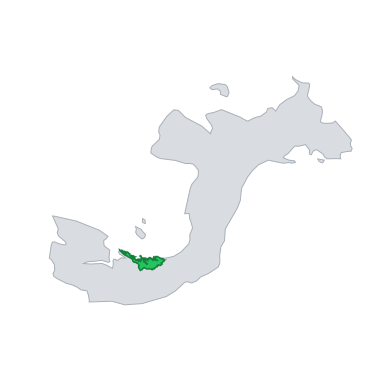 Chimán, Panama shown in context, rotated 139°
{"feature_id": "35544464B77080496682008", "entity_name": "Chimán", "entity_type": "district", "adm_level": 2, "iso_a3": "PAN", "parent_name": "Panama", "parent_adm1": "", "projection": "robinson", "projection_center": [-78.645, 8.659], "detail": "fine", "context": "in_parent", "style": "filled", "palette": "green", "viewbox_px": 384, "rotation_deg": 139, "n_neighbors": 0, "source": "geoboundaries", "source_scale": "gbopen_adm2", "svg_char_len": 8782}
<svg xmlns="http://www.w3.org/2000/svg" viewBox="0 0 384 384"><g transform="rotate(139 192 192)"><path d="M341.8,176.5L340.8,177.3L337.8,182.2L336.1,186.4L340.0,190.9L341.2,195.6L343.4,200.7L346.9,205.8L350.7,215.3L351.6,219.1L350.5,221.6L346.8,223.1L343.4,227.6L342.5,233.0L343.1,235.7L332.9,244.4L330.2,245.8L328.5,244.5L326.3,240.2L323.7,236.6L322.3,235.4L321.5,235.3L320.6,236.2L320.3,238.1L321.6,246.2L320.5,249.5L317.0,252.1L313.0,265.4L311.4,263.7L298.3,245.8L286.9,223.7L284.5,213.6L287.5,213.0L290.3,213.3L291.9,211.7L293.6,208.8L292.2,202.0L297.7,196.9L299.8,193.4L301.3,193.8L305.0,199.7L310.2,203.1L316.7,208.0L320.7,209.1L315.6,204.0L306.9,197.2L304.4,192.7L302.1,186.5L298.7,189.2L297.1,191.5L295.4,192.8L293.8,191.2L293.6,189.2L288.4,188.8L287.1,187.0L285.7,186.0L286.3,189.9L287.4,192.3L286.8,195.1L285.1,195.3L283.7,192.4L281.9,189.7L279.4,178.4L273.6,173.0L270.9,171.3L268.7,170.6L265.5,167.0L261.2,165.1L255.3,159.4L248.1,155.4L239.4,154.0L228.7,154.9L225.1,157.1L222.7,159.9L221.5,161.3L215.2,164.5L212.8,169.2L211.3,173.2L208.2,177.7L211.8,180.4L191.2,195.7L187.1,197.9L177.9,199.5L175.8,201.1L173.0,204.1L172.6,208.7L173.0,212.6L175.7,215.7L178.1,217.6L183.8,226.7L194.0,238.1L195.9,242.3L197.4,248.5L194.4,251.4L192.0,252.7L182.3,253.1L179.0,255.6L177.6,259.4L174.0,262.5L161.5,265.6L151.7,265.9L148.7,262.4L148.0,252.4L141.4,235.4L139.8,223.7L138.2,225.1L134.7,226.5L133.5,229.4L132.6,238.1L131.3,241.0L128.6,240.7L123.1,237.6L115.7,234.8L106.3,216.4L105.3,213.0L103.5,208.9L96.3,207.1L90.1,204.1L83.3,203.6L79.9,205.3L76.3,203.1L75.7,198.1L68.6,200.3L59.6,199.6L51.4,197.4L45.9,198.6L41.2,202.1L41.8,211.2L40.5,213.0L40.2,209.3L38.6,205.0L36.7,201.5L32.6,197.8L32.4,196.4L34.0,194.6L41.5,189.2L42.4,187.0L42.5,182.4L41.8,177.9L38.5,171.4L40.4,167.4L44.3,164.1L48.2,161.6L48.9,160.5L48.1,158.2L45.9,155.9L40.5,151.8L37.3,151.5L37.2,139.8L37.4,127.3L38.2,126.1L40.1,125.3L41.7,123.4L42.6,119.8L45.0,118.4L49.2,121.3L53.5,123.8L55.3,123.0L56.7,121.7L57.6,120.5L57.9,119.4L61.4,122.7L68.5,128.6L68.9,131.5L68.2,134.3L70.1,142.2L73.8,143.4L77.5,141.8L78.4,143.3L77.7,144.8L75.8,146.4L75.3,153.3L81.4,156.5L84.4,159.3L94.5,158.0L98.2,158.7L100.7,157.9L97.9,152.4L94.2,148.3L94.5,146.5L97.3,147.9L99.5,150.6L104.5,154.1L113.6,166.0L124.0,168.9L132.3,168.5L140.0,166.9L152.2,162.3L161.1,153.9L168.2,150.2L191.2,142.2L199.4,133.9L202.8,132.8L206.1,131.7L213.3,125.4L217.2,120.5L221.3,118.1L233.4,119.8L241.3,122.2L246.7,121.9L251.9,123.5L254.2,127.1L256.6,128.6L269.4,128.2L280.0,130.0L303.0,140.6L316.8,151.0L324.1,162.1L341.8,176.5ZM110.2,258.9L107.2,259.2L101.1,256.6L96.6,251.4L96.3,249.8L96.4,248.0L98.8,242.8L102.1,241.0L103.4,241.0L106.5,247.1L104.4,249.4L105.2,253.2L109.7,256.0L110.2,258.9ZM258.4,200.4L257.3,203.0L254.8,197.1L255.2,195.6L255.0,190.3L257.4,188.9L259.2,188.8L260.7,189.6L261.6,195.8L260.9,198.6L258.4,200.4ZM76.0,131.6L75.4,134.5L71.2,129.2L73.7,128.4L74.6,128.5L76.0,131.6ZM249.3,201.6L246.8,204.4L245.9,201.8L247.6,199.1L248.2,199.0L249.3,201.6Z" fill="#d9dde1" stroke="#a8b0b8" stroke-width="1"/><path d="M282.3,166.5L281.5,166.5L280.5,166.1L280.0,166.5L279.3,166.5L278.4,166.1L277.9,166.4L277.4,166.2L277.1,164.7L276.5,163.3L274.9,162.4L274.5,161.6L273.6,161.0L273.2,160.3L273.2,159.6L273.1,159.4L272.2,159.3L272.1,159.5L271.6,159.7L270.7,158.7L270.2,159.1L269.6,158.8L268.6,159.1L267.2,158.3L266.6,158.6L266.6,159.2L265.6,159.0L265.3,159.2L265.0,159.1L265.1,158.5L264.5,157.6L263.6,157.1L262.9,157.6L262.2,157.6L262.1,157.9L262.0,157.7L261.9,158.0L261.6,157.9L261.6,158.1L261.4,158.0L261.2,158.2L260.3,158.4L259.8,158.3L259.5,158.5L259.4,158.3L259.1,158.4L258.7,158.1L258.0,158.4L258.0,158.8L257.6,158.7L257.8,158.9L257.5,159.1L257.5,160.1L257.8,160.1L258.0,160.3L258.1,161.1L258.5,161.2L258.5,161.4L258.9,161.6L259.0,162.0L259.3,162.1L259.3,162.6L259.6,163.0L259.5,163.5L259.8,164.4L260.3,165.3L260.3,165.8L260.9,166.5L261.9,167.2L262.6,166.0L262.3,165.8L262.8,165.9L262.6,165.5L262.9,165.8L263.9,165.7L263.7,165.0L263.4,164.9L263.7,164.9L263.8,164.3L263.2,164.3L263.8,164.2L263.8,163.9L263.2,163.8L262.7,164.2L263.2,163.7L262.9,162.9L262.4,162.8L262.9,162.8L263.1,163.2L263.6,163.4L264.0,163.8L264.0,164.7L264.2,164.2L264.6,164.1L264.2,164.2L264.2,164.5L264.3,164.8L264.6,165.0L264.7,165.7L264.9,165.8L265.1,165.5L265.0,165.8L265.6,165.4L265.2,165.8L266.2,165.6L265.0,165.9L264.8,166.6L265.4,166.7L266.1,167.3L266.4,166.9L266.3,166.2L266.1,166.1L266.3,165.8L266.2,165.6L266.3,165.7L266.3,165.9L266.1,166.1L266.3,166.2L266.4,166.9L266.2,167.5L266.4,167.7L266.5,167.4L266.6,167.6L266.1,167.8L266.5,169.6L266.8,169.5L266.9,169.9L267.1,169.8L267.1,170.2L268.6,170.6L268.6,170.3L268.2,169.9L268.6,170.2L268.1,169.5L268.5,169.5L268.5,169.3L268.5,169.1L268.5,169.5L268.4,169.7L268.7,170.0L268.7,170.3L269.0,170.1L269.1,170.6L269.7,170.8L270.1,170.7L270.2,170.3L270.5,170.0L270.3,169.8L270.4,169.6L270.5,170.0L270.3,170.4L270.4,170.8L270.6,170.8L270.7,171.3L270.9,171.5L270.7,171.6L270.7,171.9L271.3,171.7L271.0,171.1L270.9,171.0L271.0,171.0L270.9,171.0L270.8,170.8L271.1,170.9L271.0,170.7L271.3,171.0L271.6,170.8L271.1,171.2L271.5,171.5L271.4,171.7L270.8,172.0L270.3,172.4L271.3,173.4L271.2,172.9L271.7,172.2L272.0,171.8L272.7,171.9L272.8,171.6L273.2,171.3L273.0,171.0L273.2,171.3L272.8,171.6L272.8,172.0L273.0,172.2L273.3,172.0L273.3,171.4L273.5,170.8L273.2,170.7L273.0,170.1L273.0,169.7L272.8,169.4L273.1,169.7L273.0,170.4L273.5,170.7L273.6,170.4L272.9,169.2L273.0,169.0L272.9,168.7L272.9,168.4L272.9,168.7L273.5,168.4L273.4,167.6L273.5,167.3L273.4,167.3L273.1,167.3L272.9,167.1L273.0,166.7L272.8,166.6L273.0,166.7L273.0,167.3L273.5,167.3L273.6,168.4L273.0,168.7L273.1,169.1L273.0,169.3L273.7,170.4L273.3,169.5L273.6,169.2L273.4,168.9L273.5,168.8L273.5,169.0L273.4,169.5L273.6,169.8L273.7,169.7L273.8,169.7L273.6,169.8L273.8,170.7L273.6,171.1L273.9,171.1L274.1,170.8L274.1,170.4L274.3,170.3L274.1,170.4L274.2,170.7L274.0,171.1L273.5,171.2L273.5,172.0L273.0,172.5L272.5,173.4L272.8,173.9L272.7,174.3L272.9,174.5L273.1,174.4L273.3,174.5L273.5,175.4L273.7,175.5L273.9,175.3L273.9,174.7L274.3,175.2L274.2,174.7L274.5,174.8L274.5,174.6L275.2,174.2L274.8,173.7L274.8,173.3L274.9,173.7L275.2,174.1L274.7,174.6L276.0,175.5L276.1,174.7L275.8,173.9L276.1,173.6L276.4,173.4L276.6,173.1L276.6,172.8L276.8,172.5L276.6,172.9L276.7,173.2L276.3,173.6L276.1,173.6L275.8,174.0L276.2,174.6L276.6,174.2L276.2,174.6L276.2,175.1L276.3,175.1L275.8,175.9L276.9,176.8L277.8,177.1L278.0,176.8L277.9,176.5L277.7,176.2L277.2,176.1L277.3,176.0L277.2,175.9L277.3,175.1L277.6,174.7L277.4,174.3L277.7,174.6L277.8,174.1L277.3,176.0L278.1,176.4L278.0,175.7L278.1,175.3L278.2,175.2L278.0,175.8L278.2,176.3L278.1,176.7L278.3,176.8L278.1,176.8L278.1,177.2L278.5,177.4L278.8,177.2L279.7,177.9L279.4,177.7L278.9,177.8L278.9,178.2L279.1,178.8L279.3,179.0L279.8,179.4L279.3,179.3L279.1,178.9L278.9,179.1L279.0,179.3L278.8,179.4L278.8,179.9L279.4,179.9L279.4,180.2L279.9,180.4L280.3,180.4L279.6,180.5L280.0,181.2L280.4,181.3L280.0,181.4L280.0,181.8L280.1,182.0L280.4,181.8L280.1,182.1L280.4,182.5L280.5,182.2L280.4,182.7L280.0,182.2L279.9,182.3L280.1,182.8L279.8,182.4L279.9,182.0L279.6,181.3L279.4,181.2L279.6,181.5L279.4,181.3L279.3,181.8L279.3,181.2L279.1,180.9L279.1,181.0L278.7,180.7L278.3,181.0L277.7,180.7L277.9,181.0L277.9,181.4L278.5,181.9L278.3,182.0L278.6,182.3L278.7,182.7L278.5,182.8L279.6,183.6L279.9,183.7L279.6,183.8L279.6,184.2L279.4,184.1L279.5,184.4L280.3,184.8L280.4,185.8L280.7,186.1L280.4,185.8L280.1,185.9L280.1,186.1L279.6,186.2L279.9,187.0L280.3,187.4L280.2,187.8L279.8,187.9L279.8,188.2L280.4,189.4L281.4,190.3L281.6,190.9L281.9,190.5L281.5,190.3L281.6,189.7L281.7,189.4L282.1,189.4L282.2,188.6L282.4,188.5L282.4,188.4L282.3,188.2L282.4,188.3L282.4,188.5L282.2,188.7L282.2,189.5L282.5,189.6L282.4,189.7L282.7,189.8L282.8,190.2L282.1,189.9L282.4,190.3L282.6,190.4L282.5,190.7L282.2,190.5L282.9,191.5L282.9,192.2L282.7,192.5L282.9,192.9L283.0,193.5L283.2,193.3L283.7,193.5L284.0,194.3L284.0,194.6L284.4,194.8L284.6,195.8L284.9,195.3L284.6,194.0L284.7,192.3L284.3,189.8L283.8,187.7L282.9,186.2L282.9,185.3L282.6,184.6L282.1,183.9L282.0,183.1L281.4,181.6L281.3,180.2L281.1,179.8L281.9,179.0L281.9,177.9L281.7,177.7L281.9,177.2L281.3,176.4L280.4,175.9L280.6,174.8L280.0,174.5L279.7,173.9L280.3,171.0L281.0,171.0L281.1,170.6L281.7,170.2L281.7,169.8L282.0,169.7L282.1,168.4L282.5,167.5L282.3,166.5ZM264.8,166.8L264.4,166.3L264.7,166.0L264.6,165.7L264.4,165.6L264.6,166.0L264.4,165.7L264.2,165.9L262.9,166.1L262.8,166.3L262.8,166.8L263.1,166.7L263.6,167.3L263.3,167.8L263.4,168.2L264.4,167.6L264.8,166.8ZM273.4,177.5L273.3,177.3L273.0,177.5L272.9,177.9L273.1,177.9L273.4,177.5ZM273.1,176.3L272.8,176.1L272.7,176.5L272.9,176.4L273.0,176.6L273.1,176.3ZM282.0,191.9L282.1,191.7L282.0,191.8L282.0,191.9Z" fill="#22c55e" stroke="#15803d" stroke-width="1.5"/></g></svg>